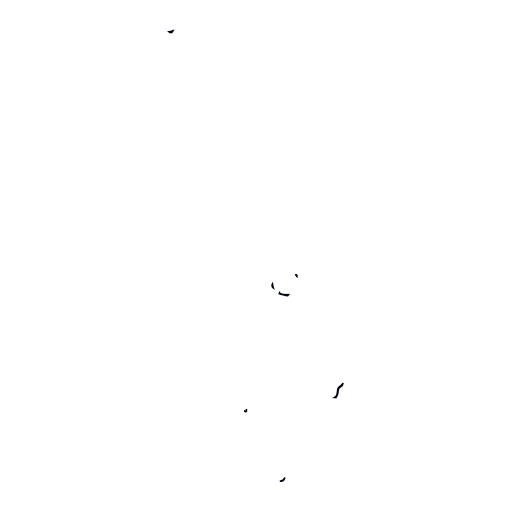 map outline of Railik Chain (Robinson projection)
{"feature_id": "MHL-4968", "entity_name": "Railik Chain", "entity_type": "state/province", "adm_level": 1, "iso_a3": "MHL", "parent_name": "Marshall Islands", "parent_adm1": "", "projection": "robinson", "projection_center": [168.279, 8.142], "detail": "fine", "context": "isolated", "style": "filled", "palette": "ink", "viewbox_px": 512, "rotation_deg": 0, "n_neighbors": 0, "source": "natural_earth", "source_scale": "10m", "svg_char_len": 1115}
<svg xmlns="http://www.w3.org/2000/svg" viewBox="0 0 512 512"><path d="M334.4,397.5L335.6,396.7L336.0,396.3L336.4,395.7L336.8,394.8L337.3,392.8L337.7,389.6L338.3,387.8L339.6,386.6L341.0,385.5L342.1,384.4L343.1,383.0L342.3,385.5L338.9,388.1L338.1,390.7L337.9,392.8L337.1,395.6L335.9,397.6L334.4,397.5ZM284.3,294.6L288.6,294.6L287.7,295.7L286.3,295.6L283.6,294.9L280.5,294.2L279.3,293.7L279.5,292.7L280.4,293.7L281.8,294.1L283.1,294.5L284.3,294.6ZM173.0,30.7L172.4,31.9L171.3,32.6L170.0,32.6L168.9,31.7L171.1,31.4L173.0,30.7ZM273.4,288.0L272.6,287.4L272.1,286.2L272.0,284.9L272.5,283.9L272.7,284.8L273.1,287.1L273.4,288.0ZM279.9,481.3L282.9,480.1L283.5,479.6L284.9,477.5L284.3,479.2L283.3,480.5L281.8,481.2L279.9,481.3ZM296.7,276.4L296.9,276.0L296.9,275.7L296.5,275.2L295.9,275.0L295.1,274.9L295.5,274.8L295.9,274.7L296.4,274.8L296.7,275.0L297.0,275.6L297.0,275.8L297.0,276.1L296.9,276.6L296.7,276.4ZM244.8,411.3L244.8,411.2L245.1,411.4L245.6,411.5L246.0,411.4L246.2,410.8L246.3,410.2L246.3,409.7L246.2,409.1L246.6,409.9L246.4,411.1L245.7,411.8L244.8,411.3Z" fill="#0f172a" stroke="#020617" stroke-width="1.5"/></svg>